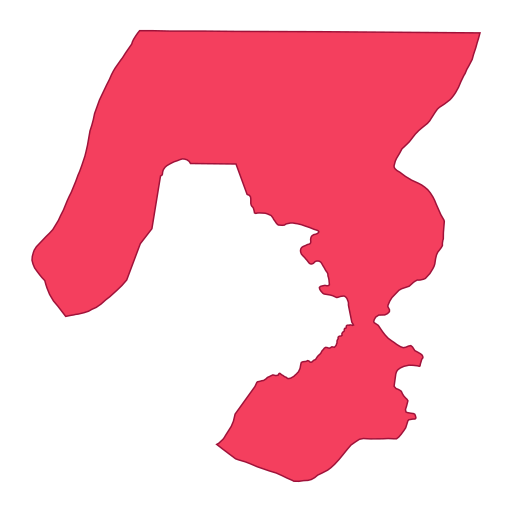 outline of Tbaeng Mean Chey, Preah Vihéar, Cambodia
{"feature_id": "14789045B76520670537336", "entity_name": "Tbaeng Mean Chey", "entity_type": "district", "adm_level": 2, "iso_a3": "KHM", "parent_name": "Cambodia", "parent_adm1": "Preah Vihéar", "projection": "albers", "projection_center": [105.049, 13.77], "detail": "fine", "context": "isolated", "style": "filled", "palette": "rose", "viewbox_px": 512, "rotation_deg": 0, "n_neighbors": 0, "source": "geoboundaries", "source_scale": "gbopen_adm2", "svg_char_len": 6049}
<svg xmlns="http://www.w3.org/2000/svg" viewBox="0 0 512 512"><path d="M425.4,278.4L429.9,273.5L432.9,268.6L434.0,266.4L434.8,263.9L435.6,258.6L436.5,254.9L437.8,252.1L439.4,250.1L441.2,247.7L442.4,245.6L442.4,243.1L442.9,240.1L443.3,238.9L443.4,232.6L444.3,221.5L444.0,220.2L440.8,214.6L436.2,204.2L434.6,200.3L433.0,197.1L430.4,193.0L427.9,189.9L424.8,187.2L421.7,185.0L418.5,183.3L411.5,180.1L405.4,176.4L399.8,172.2L396.9,170.5L394.9,168.6L394.3,167.5L394.0,166.0L395.3,161.1L396.5,158.4L399.5,153.4L402.0,148.8L406.8,144.3L409.3,141.8L415.3,134.1L418.8,130.5L421.6,128.1L427.5,123.3L429.8,120.7L431.0,118.7L432.7,116.1L435.0,112.5L437.4,109.1L439.4,107.3L444.6,103.9L449.9,99.8L451.6,98.0L453.5,95.6L455.5,92.7L458.5,87.3L460.9,81.6L463.8,75.6L465.1,73.5L466.8,69.4L468.8,65.9L472.2,59.4L473.5,54.6L475.8,47.7L477.2,42.6L478.4,38.8L480.0,32.9L320.3,31.7L235.6,31.4L204.9,31.1L171.1,31.1L152.9,30.7L139.6,30.7L137.6,33.2L135.6,36.1L133.6,39.3L132.5,41.6L131.7,44.1L127.8,49.7L125.4,53.2L122.5,57.8L120.6,60.3L115.2,68.0L113.3,71.2L111.5,74.7L109.5,79.3L106.6,85.0L99.5,99.9L94.6,113.5L93.3,119.7L91.8,125.3L90.0,130.9L87.5,145.2L86.0,151.8L84.9,156.2L81.8,165.5L79.7,171.3L78.0,175.2L75.7,181.5L71.3,192.2L69.2,196.4L67.2,200.8L63.4,210.1L60.7,215.4L58.4,220.4L52.8,229.6L49.5,233.2L46.0,236.6L36.4,246.7L34.2,250.2L33.4,252.4L32.3,256.4L32.0,260.2L33.0,264.0L34.6,267.9L37.1,271.4L39.6,274.7L41.9,277.5L44.8,280.6L45.8,284.3L47.0,288.0L49.6,294.4L53.5,301.0L57.9,306.2L65.7,316.4L71.1,315.3L73.7,314.9L75.6,314.4L78.1,314.1L84.0,312.7L88.6,311.2L91.9,309.3L96.2,307.4L101.1,304.0L105.9,299.7L109.7,296.8L116.8,290.4L121.9,285.5L126.7,280.0L140.3,243.7L151.9,228.7L160.5,176.0L161.9,175.2L162.4,174.2L162.6,172.3L163.1,170.3L163.8,169.0L165.1,167.2L166.8,165.7L168.8,164.5L170.8,163.4L174.0,161.8L177.3,160.7L180.0,159.6L182.4,158.9L184.7,159.1L187.0,159.8L189.2,161.4L190.5,163.5L236.0,164.0L247.1,194.4L248.0,194.8L249.4,195.3L250.5,196.9L250.8,199.0L250.8,203.4L251.2,205.1L251.9,206.3L252.9,207.3L253.4,208.2L254.1,210.7L254.5,212.9L255.8,213.4L257.5,213.0L259.3,212.9L265.1,213.2L267.2,213.8L271.1,215.5L272.2,216.9L273.0,218.0L273.7,219.4L274.9,221.0L276.5,223.4L277.4,224.3L278.3,225.0L282.2,225.3L284.3,225.1L286.2,223.9L290.5,223.0L293.0,223.0L295.6,223.5L297.3,223.7L301.5,224.7L305.4,226.1L309.6,227.5L314.0,229.3L316.6,230.1L318.0,230.7L318.8,231.7L318.6,232.4L318.0,233.0L317.4,233.5L315.8,234.2L313.8,234.6L312.1,235.7L311.5,236.4L311.0,237.4L310.6,239.3L310.8,242.0L310.5,243.0L310.0,243.7L309.0,244.2L307.9,244.4L306.9,244.8L305.8,245.4L303.3,246.4L302.3,247.0L301.6,247.6L300.8,248.9L300.5,250.4L300.6,251.8L301.3,253.9L302.6,255.5L304.7,257.6L305.8,259.0L306.6,259.8L308.9,262.8L309.5,263.4L310.5,263.9L311.6,264.0L312.5,263.7L313.4,263.3L315.0,261.7L316.3,261.1L317.9,261.0L319.2,261.2L320.6,262.0L321.5,263.1L323.2,266.1L324.1,267.5L325.6,270.3L326.5,271.6L327.0,272.2L327.8,273.7L328.0,276.1L328.4,277.2L329.0,280.0L329.1,281.4L329.3,283.3L329.4,284.8L328.1,285.7L326.9,285.8L325.8,285.5L324.6,285.4L321.9,286.0L320.5,286.4L319.4,287.4L319.6,288.8L320.0,289.7L321.0,291.2L322.8,293.2L324.1,294.0L330.2,295.0L332.7,295.7L336.6,297.5L337.6,297.4L340.6,296.4L343.8,296.0L344.7,296.3L345.8,297.1L346.9,298.4L348.2,301.7L348.5,303.2L348.4,304.1L348.5,305.6L351.8,322.1L353.5,325.0L352.6,325.4L351.1,325.0L349.9,324.9L349.3,325.3L348.1,325.1L347.1,325.3L346.5,325.7L346.2,326.8L346.2,327.8L345.5,328.3L344.7,328.4L344.3,329.2L344.3,330.5L344.0,331.3L342.6,332.3L341.9,333.7L342.0,335.4L341.0,336.0L339.3,336.2L338.4,336.8L338.1,337.4L338.2,338.8L337.7,339.3L337.1,340.6L337.0,341.8L337.0,342.8L336.8,343.5L336.4,344.2L336.2,345.3L334.4,347.3L333.0,347.0L331.9,346.8L329.6,348.2L328.3,348.0L327.0,347.5L325.5,347.4L324.2,348.3L323.5,349.3L322.0,350.9L320.8,353.2L319.8,354.3L318.6,355.3L317.5,356.5L315.7,359.3L314.8,359.9L313.7,360.3L312.1,361.8L311.1,362.3L310.3,362.2L308.9,361.0L307.6,360.6L306.2,361.4L303.9,361.6L302.4,361.9L301.3,362.5L300.8,364.2L300.1,368.2L299.8,369.0L298.3,372.1L297.7,372.5L296.8,373.6L296.3,374.1L294.9,375.3L293.8,376.4L290.6,378.2L288.3,378.6L287.4,378.4L286.4,377.4L285.3,377.0L284.3,376.5L283.0,375.5L282.0,375.0L280.8,374.1L279.8,373.3L279.0,373.6L278.0,375.3L277.3,375.3L276.0,375.6L274.5,375.3L272.9,374.9L270.9,375.8L269.2,376.7L268.1,377.1L267.1,377.7L266.5,378.5L264.2,380.1L263.5,380.5L261.9,380.7L260.3,381.2L257.5,381.8L256.8,382.5L255.4,385.6L254.9,386.6L235.1,414.1L234.6,416.3L233.4,421.3L231.3,426.3L225.6,435.3L224.4,437.4L223.0,439.3L218.7,443.3L216.7,444.4L223.1,449.4L235.6,458.8L238.7,459.9L245.2,461.8L249.4,463.4L253.2,465.0L257.1,466.7L269.3,470.9L276.2,473.0L281.8,475.5L286.9,478.0L292.4,480.4L293.8,481.2L298.9,481.3L303.7,480.6L307.9,480.4L311.3,479.5L314.7,477.6L317.7,475.1L321.9,473.1L327.7,470.1L330.9,467.7L334.7,464.2L339.1,459.4L343.2,454.4L347.3,449.3L351.0,445.0L355.4,441.9L359.4,439.3L363.4,438.5L366.5,438.7L370.6,438.9L382.5,438.8L388.2,438.5L394.0,438.8L396.5,438.8L398.7,437.1L401.2,434.2L403.9,430.5L405.7,427.8L407.9,420.8L408.7,419.8L412.6,419.1L415.0,419.0L415.7,418.4L415.9,417.6L415.3,415.4L414.7,414.2L413.6,413.6L410.7,413.2L407.4,412.6L406.1,412.1L405.7,410.9L405.5,409.3L406.5,406.3L407.9,400.8L407.0,399.3L405.5,397.9L403.8,396.0L402.5,393.9L401.3,391.3L399.6,390.1L397.9,389.2L396.1,388.6L394.1,386.3L394.4,384.0L395.8,373.9L396.6,371.5L397.9,369.7L400.4,367.9L404.0,366.3L408.9,365.2L412.9,365.3L417.4,365.8L419.4,366.3L420.0,365.9L420.4,363.8L421.2,361.2L421.7,359.4L422.9,357.8L422.8,356.6L422.2,355.2L420.7,353.9L417.6,352.1L414.8,350.6L412.5,347.0L410.8,345.6L408.4,346.1L405.9,347.2L403.3,347.7L400.5,346.7L396.8,344.5L394.3,342.6L391.6,340.8L388.2,338.3L385.1,335.0L382.7,331.9L380.7,329.0L378.3,325.4L374.1,322.6L373.7,321.5L374.3,319.5L375.7,317.1L378.7,315.1L384.8,314.9L387.5,313.6L389.4,311.7L389.5,309.8L387.8,306.5L388.0,305.2L389.9,300.8L392.0,297.5L399.0,290.2L401.7,288.7L409.2,286.2L413.5,282.3L415.1,281.2L417.3,280.0L418.6,280.1L420.2,280.0L423.6,279.2L425.4,278.4Z" fill="#f43f5e" stroke="#9f1239" stroke-width="1.5"/></svg>